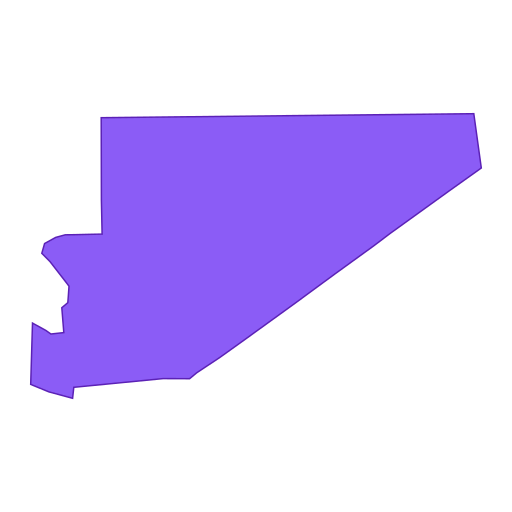 Zoueratt, Tiris Zemmour, Mauritania (orthographic projection)
{"feature_id": "47542326B94085620874331", "entity_name": "Zoueratt", "entity_type": "district", "adm_level": 2, "iso_a3": "MRT", "parent_name": "Mauritania", "parent_adm1": "Tiris Zemmour", "projection": "orthographic", "projection_center": [-11.264, 23.151], "detail": "fine", "context": "isolated", "style": "filled", "palette": "violet", "viewbox_px": 512, "rotation_deg": 0, "n_neighbors": 0, "source": "geoboundaries", "source_scale": "gbopen_adm2", "svg_char_len": 555}
<svg xmlns="http://www.w3.org/2000/svg" viewBox="0 0 512 512"><path d="M72.6,398.3L73.8,387.3L163.0,378.6L189.6,378.7L196.7,372.8L219.9,357.4L245.6,339.0L295.8,302.7L306.4,294.9L334.7,274.1L373.8,245.8L390.2,233.4L449.3,190.8L481.3,168.0L473.8,113.7L101.2,117.7L101.4,200.1L102.1,234.1L91.4,234.3L74.3,234.7L65.3,234.8L55.7,237.4L44.6,243.5L41.8,253.3L50.0,261.6L66.6,283.0L69.0,286.2L68.3,296.3L67.8,302.7L61.8,307.7L63.8,332.6L50.9,334.0L45.8,330.4L32.5,323.1L30.7,384.4L48.9,391.9L72.6,398.3Z" fill="#8b5cf6" stroke="#5b21b6" stroke-width="1.5"/></svg>